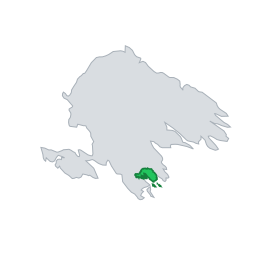 Westport Lea-4, Mayo, Ireland shown in context, rotated 230°
{"feature_id": "5873133B76630404476162", "entity_name": "Westport Lea-4", "entity_type": "district", "adm_level": 2, "iso_a3": "IRL", "parent_name": "Ireland", "parent_adm1": "Mayo", "projection": "natural_earth1", "projection_center": [-9.682, 53.797], "detail": "fine", "context": "in_parent", "style": "filled", "palette": "green", "viewbox_px": 256, "rotation_deg": 230, "n_neighbors": 0, "source": "geoboundaries", "source_scale": "gbopen_adm2", "svg_char_len": 8201}
<svg xmlns="http://www.w3.org/2000/svg" viewBox="0 0 256 256"><g transform="rotate(230 128 128)"><path d="M160.6,55.1L155.3,57.9L154.5,58.9L153.0,63.2L152.9,64.4L149.6,69.1L147.7,70.0L144.9,70.8L143.3,71.6L141.3,71.2L138.8,71.2L137.5,72.1L137.6,72.7L138.3,73.5L143.1,75.7L142.8,76.6L141.5,77.6L133.1,80.1L130.6,81.7L129.7,82.7L130.6,84.4L137.4,89.5L138.6,90.0L139.6,93.0L145.5,94.2L148.0,96.1L150.1,96.5L154.7,96.4L156.5,97.1L157.5,96.5L158.1,95.6L163.2,91.9L161.6,89.2L166.6,84.6L168.1,84.7L170.5,86.1L172.5,88.1L173.2,90.7L175.1,93.0L176.3,93.8L179.6,94.3L180.4,95.2L179.9,98.7L180.4,99.8L188.7,99.7L192.0,98.2L194.9,98.5L196.4,100.0L197.0,101.6L194.6,102.2L192.0,101.9L190.7,102.9L190.7,104.9L191.6,107.4L193.4,109.3L194.8,113.4L196.1,117.9L197.9,120.7L198.3,124.1L198.1,125.8L198.5,128.8L197.7,129.9L198.4,132.7L201.6,141.9L202.3,149.0L200.9,151.7L198.9,154.2L197.6,157.3L196.7,160.5L196.1,165.8L191.9,172.0L190.0,173.5L187.9,174.4L192.7,178.8L188.8,180.7L184.6,181.3L180.0,180.2L177.1,180.4L173.4,182.6L172.6,182.2L170.8,178.6L169.5,182.3L166.9,183.5L162.3,183.2L154.6,184.2L151.6,185.2L150.4,186.9L149.5,188.8L148.4,189.9L147.0,190.5L141.1,191.9L139.9,192.4L137.2,195.5L133.6,197.2L130.6,197.8L127.9,196.0L126.8,194.9L125.6,194.4L121.5,194.5L122.8,195.0L123.7,196.3L124.1,198.7L123.6,201.0L121.6,202.2L119.2,202.4L115.4,204.9L110.4,205.5L107.7,207.8L91.2,211.6L90.2,211.7L87.9,210.7L85.4,210.3L83.0,210.6L76.0,212.7L72.7,212.3L76.9,207.0L82.7,204.3L83.3,203.6L81.4,203.2L70.5,205.1L66.7,206.6L62.9,207.1L64.6,204.7L69.5,201.4L73.8,199.2L75.6,197.3L80.8,195.1L64.1,199.6L59.8,199.1L58.7,197.8L55.3,198.4L54.0,195.3L59.1,190.7L62.0,188.7L65.5,187.6L68.9,186.1L70.1,184.2L68.6,183.6L58.5,184.1L53.7,183.7L54.0,182.2L54.9,180.5L59.8,177.7L62.5,177.2L64.9,177.5L69.2,179.2L74.8,178.6L72.5,176.8L72.1,173.1L70.3,171.9L72.6,170.2L75.2,169.1L79.6,165.6L81.2,165.1L89.9,164.2L99.3,162.4L108.6,159.8L103.8,158.4L101.5,156.5L97.8,160.3L95.2,161.8L87.7,162.6L85.4,162.1L82.0,160.9L81.0,161.4L80.1,162.3L75.1,164.2L69.9,164.6L76.0,161.2L83.6,155.4L85.3,153.6L87.7,150.4L87.0,148.9L85.4,148.1L90.9,141.6L92.9,140.4L96.4,140.2L99.0,139.2L100.2,139.2L101.2,138.8L103.5,136.8L99.9,135.6L96.3,134.9L85.1,135.6L83.6,135.4L82.2,134.8L81.3,134.0L80.6,131.8L79.8,131.3L77.3,131.3L74.8,131.9L73.1,131.9L71.3,130.9L74.1,128.6L70.6,128.1L67.0,128.5L64.0,127.8L63.9,126.4L65.3,125.0L63.5,123.6L63.2,121.9L65.0,121.1L67.1,121.4L71.3,120.1L76.6,119.5L72.0,118.3L70.2,117.2L70.1,115.6L70.5,114.2L75.8,111.8L81.4,110.8L81.0,109.2L81.4,107.5L75.7,107.1L70.1,108.2L70.7,105.0L72.0,102.1L72.3,100.2L72.0,98.2L69.4,99.1L69.1,96.2L68.0,94.2L64.1,95.6L64.2,93.0L65.3,91.2L67.3,90.4L69.4,90.7L73.1,90.7L76.7,89.3L82.0,89.0L90.3,89.4L96.0,93.2L97.5,92.6L99.8,90.1L100.8,89.8L109.5,90.9L114.8,92.3L116.3,91.9L115.5,89.2L113.6,87.3L115.9,84.8L118.7,83.2L120.6,82.4L124.9,81.3L126.8,80.4L128.1,77.2L130.0,74.6L119.2,75.9L108.8,72.8L110.4,70.6L112.6,69.4L116.4,68.4L116.7,67.3L118.6,66.3L121.8,63.8L120.6,60.6L121.2,58.2L123.4,56.6L124.1,54.4L125.1,52.8L129.7,52.2L134.1,50.7L140.9,50.4L142.7,51.1L142.3,48.4L145.5,48.0L146.7,48.6L147.3,50.5L148.7,51.7L149.2,53.8L148.3,55.4L146.6,56.7L148.1,58.0L145.9,60.3L148.3,59.3L151.9,57.0L151.7,55.2L151.0,52.8L150.0,50.7L150.5,48.4L152.4,46.9L157.7,46.2L155.5,43.6L157.4,43.3L159.5,43.9L162.6,45.9L169.1,48.8L166.0,51.4L162.1,53.2L160.6,55.1ZM68.9,106.1L68.8,107.3L66.3,105.8L65.1,104.1L58.2,103.3L61.1,101.6L62.4,102.1L67.3,102.2L68.7,102.9L68.9,106.1Z" fill="#d9dde1" stroke="#a8b0b8" stroke-width="1"/><path d="M79.8,106.8L80.3,106.9L80.2,107.1L80.4,107.2L80.6,107.2L80.4,107.0L81.1,106.8L81.2,107.0L80.9,107.2L81.1,107.2L81.4,106.9L81.6,106.6L81.4,106.9L81.9,107.2L81.7,107.1L80.7,107.4L82.0,107.2L81.9,107.2L82.2,107.1L82.5,107.3L81.5,107.3L81.1,107.5L81.8,107.4L82.0,107.5L80.9,107.6L81.3,107.8L82.3,107.7L81.3,107.9L82.0,108.0L80.6,108.1L82.0,108.1L81.5,108.3L82.1,108.3L82.3,108.6L81.8,108.3L81.0,108.4L82.0,108.5L81.6,108.6L82.0,108.9L81.4,108.7L81.2,108.8L81.7,108.8L81.1,108.8L81.1,108.7L81.4,108.6L80.9,108.5L81.0,108.6L80.7,108.8L81.9,109.0L80.1,109.1L80.3,109.4L80.0,109.6L80.8,109.6L80.1,109.7L80.6,110.0L79.8,109.9L79.8,110.0L80.8,110.4L80.5,110.4L80.0,110.1L79.9,110.3L80.1,110.3L79.9,110.3L80.2,110.6L81.1,110.6L80.8,110.9L81.9,110.9L81.6,110.7L81.8,110.6L82.4,110.8L82.2,110.9L82.5,111.0L82.6,110.8L82.6,111.0L82.0,110.9L82.4,111.0L81.9,111.0L82.0,111.3L81.4,111.3L81.4,111.5L81.7,111.5L81.2,111.6L81.3,111.9L80.6,111.8L80.4,111.7L80.7,111.6L80.8,111.7L80.7,111.6L81.0,111.5L81.0,111.2L80.4,111.6L80.5,111.9L80.4,111.9L79.7,111.9L80.3,111.8L79.5,111.5L79.3,111.6L79.3,111.8L78.7,111.8L78.6,111.6L78.9,111.2L78.6,111.5L76.0,112.2L75.1,112.1L74.9,111.8L74.5,111.8L73.0,112.3L70.5,112.6L70.2,113.1L70.6,113.2L70.7,113.9L70.1,114.9L70.1,115.4L69.9,115.5L69.9,115.8L70.3,116.4L70.0,116.9L70.1,117.4L71.2,117.6L71.0,117.8L71.5,118.1L71.3,118.0L71.2,118.2L74.5,119.6L75.6,119.4L75.6,119.5L75.9,119.6L77.4,119.5L78.3,118.9L79.1,119.7L80.3,119.4L81.2,119.7L81.5,119.7L82.3,118.8L82.7,118.1L83.7,117.7L84.1,117.3L84.7,117.1L84.5,116.7L84.8,116.4L84.5,116.1L85.5,115.3L86.1,115.3L86.3,114.8L86.7,114.4L86.7,114.1L87.3,113.5L87.3,113.3L87.0,113.2L87.5,112.6L87.4,111.7L87.8,111.4L87.3,111.5L86.9,111.1L87.1,110.8L86.7,110.7L86.9,110.4L86.3,110.1L86.2,109.7L86.4,109.4L86.0,109.0L86.3,108.8L85.9,108.5L86.1,108.3L86.1,107.6L85.7,107.4L86.1,106.0L87.0,105.7L87.5,104.9L87.4,104.6L87.9,104.3L87.7,104.1L87.9,103.6L87.7,103.3L87.3,103.0L86.6,103.0L86.0,103.4L85.8,103.0L85.1,102.5L84.8,102.5L84.2,103.2L84.5,103.5L84.6,104.2L84.2,104.7L84.0,104.4L83.6,104.5L82.9,104.3L83.3,104.8L83.2,105.5L83.4,105.6L82.7,105.6L83.0,105.3L82.7,104.7L82.1,105.8L81.7,105.7L80.8,106.0L80.5,106.2L80.6,106.4L79.8,106.8ZM67.3,110.3L65.6,110.8L65.6,111.2L65.4,111.4L67.7,111.4L68.8,111.1L68.8,110.9L69.1,110.7L68.3,110.4L67.8,109.8L67.7,109.8L67.3,110.3ZM64.0,115.2L64.4,114.9L64.1,114.7L63.6,115.0L63.1,114.8L62.9,114.9L63.0,115.1L62.4,115.5L62.6,115.5L62.7,115.8L64.0,115.5L64.2,115.4L64.0,115.2ZM79.8,109.7L79.5,109.4L78.9,109.5L79.5,109.4L79.2,109.7L79.6,109.8L79.8,109.7ZM78.6,109.1L79.1,109.0L78.8,109.0L78.4,109.3L78.2,109.4L78.3,109.3L78.4,109.1L78.0,109.5L78.7,109.3L78.6,109.1ZM65.8,114.4L66.2,114.7L66.4,114.7L66.2,114.5L65.8,114.4ZM79.6,109.0L79.1,109.2L79.8,109.1L79.6,109.0ZM79.9,108.8L80.1,108.9L80.5,108.8L79.9,108.8ZM80.5,108.5L80.2,108.6L80.5,108.6L80.5,108.5ZM81.1,107.8L80.8,107.9L81.1,107.9L81.1,107.8ZM78.1,109.0L78.5,109.0L78.6,108.9L78.2,108.9L78.4,108.8L78.3,108.7L78.2,108.9L78.1,109.0ZM78.7,110.1L79.1,110.1L78.9,109.9L78.7,110.1ZM80.9,108.4L80.7,108.3L80.4,108.3L80.9,108.4ZM79.7,110.2L79.8,110.1L79.6,110.1L79.7,110.2ZM79.0,108.5L79.0,108.4L78.7,108.5L79.0,108.5ZM79.7,110.5L79.4,110.4L79.8,110.6L79.7,110.5ZM78.6,109.7L78.3,109.8L78.2,109.7L78.3,109.9L78.6,109.7ZM79.6,110.7L79.6,110.9L79.8,110.8L79.6,110.7ZM78.7,108.9L79.0,108.8L78.7,108.9ZM79.5,111.1L79.4,111.0L79.2,111.1L79.4,111.1L79.5,111.1ZM79.0,111.0L78.9,111.1L79.0,111.0ZM79.4,108.4L79.6,108.4L79.4,108.4ZM79.7,108.7L79.9,108.7L79.5,108.7L79.7,108.7ZM79.8,107.5L80.0,107.6L79.8,107.5ZM79.5,110.3L79.1,110.2L79.5,110.3ZM64.8,116.2L64.6,116.2L64.8,116.2L64.8,116.2ZM81.2,108.3L81.3,108.3L81.2,108.3ZM80.5,107.7L80.9,107.7L80.5,107.7ZM80.2,108.0L80.0,107.9L79.6,108.0L80.2,108.0ZM78.5,110.7L78.2,110.4L78.5,110.7ZM79.4,108.9L79.1,109.0L79.5,109.0L79.4,108.9ZM78.9,109.6L78.7,109.6L78.9,109.6ZM79.3,107.3L79.8,107.2L79.3,107.3ZM80.2,107.2L79.9,107.2L80.2,107.2ZM80.4,107.4L80.2,107.4L80.0,107.5L80.4,107.4ZM78.9,110.8L78.7,110.8L78.9,110.8L78.9,110.8ZM78.9,107.4L78.7,107.4L78.8,107.4L78.9,107.4ZM78.3,108.4L78.4,108.5L78.3,108.4ZM80.8,107.5L80.7,107.6L80.9,107.5L80.8,107.5ZM78.8,107.6L79.0,107.7L78.8,107.6ZM79.1,107.8L79.3,107.8L79.1,107.8ZM79.6,108.9L79.8,109.0L79.6,108.9ZM79.0,108.7L78.8,108.7L79.0,108.7ZM79.2,111.5L79.3,111.5L79.2,111.5ZM79.8,108.2L80.0,108.2L79.8,108.2ZM80.6,111.8L80.8,111.7L80.7,111.7L80.6,111.8ZM65.6,114.8L65.8,114.9L65.6,114.8ZM80.1,108.9L80.0,109.0L80.1,108.9L80.1,108.9ZM79.7,107.7L79.8,107.7L79.6,107.7L79.7,107.7ZM78.7,110.6L78.8,110.6L78.7,110.6ZM81.5,107.0L81.4,107.1L81.5,107.0L81.5,107.0ZM78.8,109.3L78.9,109.2L78.8,109.3Z" fill="#22c55e" stroke="#15803d" stroke-width="1.5"/></g></svg>